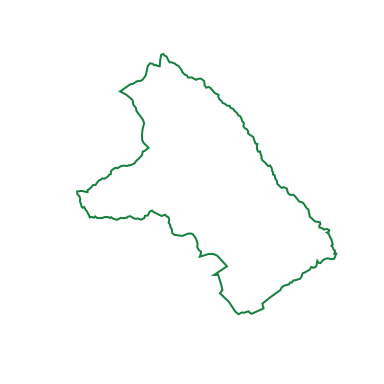 Candelária, Rio Grande do Sul, Brazil, rotated 153°
{"feature_id": "56859067B11258082184478", "entity_name": "Candelária", "entity_type": "district", "adm_level": 2, "iso_a3": "BRA", "parent_name": "Brazil", "parent_adm1": "Rio Grande do Sul", "projection": "natural_earth1", "projection_center": [-52.807, -29.711], "detail": "fine", "context": "isolated", "style": "outline", "palette": "green", "viewbox_px": 384, "rotation_deg": 153, "n_neighbors": 0, "source": "geoboundaries", "source_scale": "gbopen_adm2", "svg_char_len": 3733}
<svg xmlns="http://www.w3.org/2000/svg" viewBox="0 0 384 384"><g transform="rotate(153 192 192)"><path d="M210.5,314.2L206.5,308.8L203.6,302.1L203.4,299.5L204.4,297.7L204.6,295.6L203.8,292.3L204.7,289.5L202.9,278.8L203.4,275.1L207.9,269.9L211.0,264.9L212.8,260.9L212.8,257.6L211.6,254.1L210.7,251.0L216.0,250.1L217.4,250.5L219.7,247.6L224.2,245.9L227.3,245.2L230.0,243.7L234.6,243.7L236.5,244.6L238.0,244.6L240.5,246.3L243.3,247.3L247.9,247.1L249.1,248.4L250.8,248.2L252.7,248.1L254.9,247.1L256.1,244.9L258.0,244.9L260.1,243.9L263.7,243.5L265.9,244.9L267.6,244.4L269.3,244.6L271.6,243.8L274.7,242.1L277.1,243.1L279.2,242.1L282.4,241.2L284.1,241.1L285.2,239.3L289.7,243.0L291.8,243.8L294.2,244.6L295.1,242.1L294.2,239.0L295.0,235.9L296.1,234.6L296.4,231.7L296.9,229.4L296.6,227.6L294.9,227.5L294.9,224.8L294.4,222.9L294.5,221.0L294.3,218.3L294.6,215.8L292.8,215.5L291.0,213.6L289.3,214.2L288.3,211.8L284.0,209.6L281.4,209.4L278.3,208.0L277.0,206.1L275.5,206.3L274.4,204.1L272.8,202.5L271.4,201.3L267.1,201.3L265.4,200.0L261.8,198.7L260.2,199.1L257.9,198.4L256.0,195.3L254.4,193.6L252.3,193.0L250.0,190.5L246.4,190.4L244.8,192.1L242.0,191.2L238.6,193.7L236.1,193.6L235.4,191.8L231.9,186.9L229.9,184.4L226.2,183.9L225.7,181.7L224.4,180.0L224.7,177.8L226.8,175.1L226.3,172.7L227.2,171.0L226.9,167.9L228.2,164.2L227.1,161.8L220.5,157.2L214.3,156.7L211.3,155.1L210.4,153.8L209.8,150.2L209.8,147.9L210.5,143.4L212.4,140.5L212.3,137.4L211.1,135.0L212.0,133.1L214.4,130.8L205.8,129.3L204.0,128.5L201.5,127.4L198.5,124.0L197.6,121.0L194.6,109.9L210.0,108.1L208.2,107.2L206.3,106.5L208.2,95.4L209.4,90.8L213.1,89.1L209.0,77.4L207.7,65.7L205.9,61.9L202.5,62.1L200.1,60.7L195.9,60.1L195.3,58.2L194.2,56.4L181.1,55.8L180.6,58.5L179.8,60.6L170.4,62.6L157.5,64.6L156.3,65.8L153.9,66.7L150.7,66.4L147.3,65.7L145.9,66.8L143.9,66.1L142.1,67.2L140.0,66.5L134.8,65.6L132.4,67.2L131.3,68.6L130.0,69.4L128.0,69.1L122.3,69.4L119.7,71.1L118.1,69.2L115.2,69.2L111.6,73.7L111.3,71.4L109.8,70.3L108.1,71.1L106.0,71.9L103.6,71.9L101.3,71.4L99.6,69.9L97.5,68.7L95.6,67.9L93.9,69.4L91.5,71.6L93.2,72.4L91.2,74.6L92.0,76.2L91.8,78.7L92.1,80.9L90.4,81.3L90.0,83.4L89.3,86.5L89.6,88.7L89.1,92.2L90.2,94.6L88.5,94.4L87.1,95.6L88.2,97.5L91.7,98.9L92.9,101.3L94.6,102.6L93.9,104.3L92.2,105.1L91.7,107.0L93.5,108.3L95.5,109.6L96.6,111.9L97.3,114.5L98.3,116.3L96.2,123.6L97.1,125.1L97.9,132.0L100.8,134.9L101.7,139.6L102.1,141.4L102.8,143.4L105.9,144.9L106.8,146.8L106.7,149.2L105.9,151.7L107.1,153.6L108.3,154.8L110.3,155.0L111.2,157.0L111.6,158.7L112.3,160.6L111.3,163.5L111.7,166.4L110.8,169.2L111.9,170.9L110.9,172.5L111.0,174.3L110.2,177.1L110.4,180.2L112.3,180.5L113.1,183.1L113.5,185.2L114.9,188.1L114.7,191.1L113.6,192.3L113.7,194.5L112.9,197.2L114.8,197.9L114.7,200.5L113.5,203.2L111.9,205.0L113.4,206.3L113.0,210.1L112.4,213.2L114.6,216.8L115.4,219.1L114.4,220.4L114.6,222.9L116.1,225.1L116.4,227.2L114.5,229.8L115.1,232.8L114.6,234.6L114.7,237.9L116.0,239.3L116.1,242.3L117.2,244.8L117.7,247.6L119.4,249.2L119.3,251.7L121.5,253.0L122.8,255.9L124.3,257.6L124.3,259.5L125.4,262.0L125.4,264.7L124.2,266.5L126.8,269.7L127.5,273.2L128.4,276.4L129.6,278.1L132.0,278.5L132.3,281.4L131.6,283.3L130.8,285.2L131.7,287.5L133.2,289.4L135.5,290.1L137.2,290.0L138.5,291.5L140.2,294.2L143.6,295.8L143.6,298.0L145.1,299.9L146.1,302.9L146.0,306.2L146.9,310.7L148.3,312.3L148.9,314.1L150.2,315.6L151.5,316.9L153.1,317.8L153.3,320.8L153.2,324.3L154.6,326.1L155.0,328.1L157.2,328.2L160.4,324.0L163.7,318.7L165.4,319.8L166.3,321.4L168.1,322.1L168.8,324.0L170.9,325.7L172.6,325.0L174.1,324.5L175.6,322.6L180.0,317.2L182.1,315.9L184.7,314.6L187.0,314.3L189.3,315.1L191.1,315.7L193.1,315.4L195.8,315.2L197.9,316.0L210.5,314.2Z" fill="none" stroke="#15803d" stroke-width="2"/></g></svg>